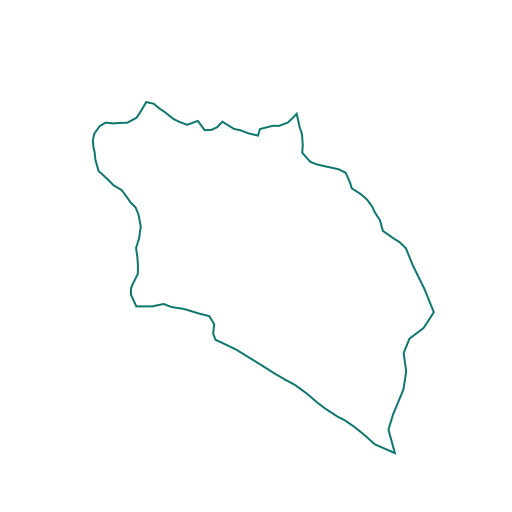 outline of Diorios, Cyprus, rotated 287°
{"feature_id": "46923920B66967696615816", "entity_name": "Diorios", "entity_type": "district", "adm_level": 2, "iso_a3": "CYP", "parent_name": "Cyprus", "parent_adm1": "", "projection": "orthographic", "projection_center": [33.034, 35.3], "detail": "fine", "context": "isolated", "style": "outline", "palette": "teal", "viewbox_px": 512, "rotation_deg": 287, "n_neighbors": 0, "source": "geoboundaries", "source_scale": "gbopen_adm2", "svg_char_len": 1448}
<svg xmlns="http://www.w3.org/2000/svg" viewBox="0 0 512 512"><g transform="rotate(287 256 256)"><path d="M307.2,397.1L311.3,389.1L313.1,382.1L317.1,370.0L326.3,364.2L332.6,356.7L337.2,352.7L342.4,345.7L345.8,338.2L348.7,327.8L353.9,324.3L361.9,317.4L363.1,309.3L362.5,302.4L361.9,294.9L361.4,286.8L361.9,280.4L368.3,270.0L375.7,268.3L386.1,264.3L391.8,260.2L403.9,253.3L398.1,250.4L393.0,247.5L387.2,240.0L385.5,234.2L378.6,222.7L371.7,222.7L371.1,212.9L371.7,204.2L371.1,197.9L374.6,184.6L367.7,181.1L363.6,176.5L361.3,170.1L368.2,160.9L361.3,151.7L361.9,143.0L363.0,136.6L367.1,126.3L368.8,120.5L371.7,113.6L371.1,106.0L361.3,103.7L353.3,101.4L345.8,93.9L343.5,87.0L341.2,81.2L339.5,73.1L334.3,68.5L325.7,65.6L318.8,66.2L313.0,68.5L307.9,71.4L301.0,74.3L291.2,80.7L288.3,87.0L285.4,92.8L282.0,99.1L279.7,108.4L274.5,115.3L270.5,120.5L267.1,126.8L261.3,131.5L250.4,137.2L238.9,139.0L228.5,139.0L219.9,143.0L212.4,145.9L204.4,148.2L194.1,146.5L188.9,145.9L182.6,147.6L172.8,156.3L177.4,171.3L183.1,181.7L182.5,190.3L184.3,202.5L184.3,218.1L184.8,229.0L178.5,236.0L169.3,237.7L164.1,241.7L160.7,264.3L153.8,290.8L149.2,307.6L146.3,319.7L144.0,331.3L139.4,344.5L133.6,357.8L130.2,367.1L126.1,381.5L125.0,388.4L121.5,399.4L117.5,409.8L110.6,424.8L108.1,446.4L128.8,433.4L144.3,433.4L171.4,436.0L189.5,433.4L206.3,425.6L221.8,426.9L236.1,437.3L254.2,442.5L273.5,426.9L292.9,408.7L307.2,397.1Z" fill="none" stroke="#0f766e" stroke-width="2"/></g></svg>